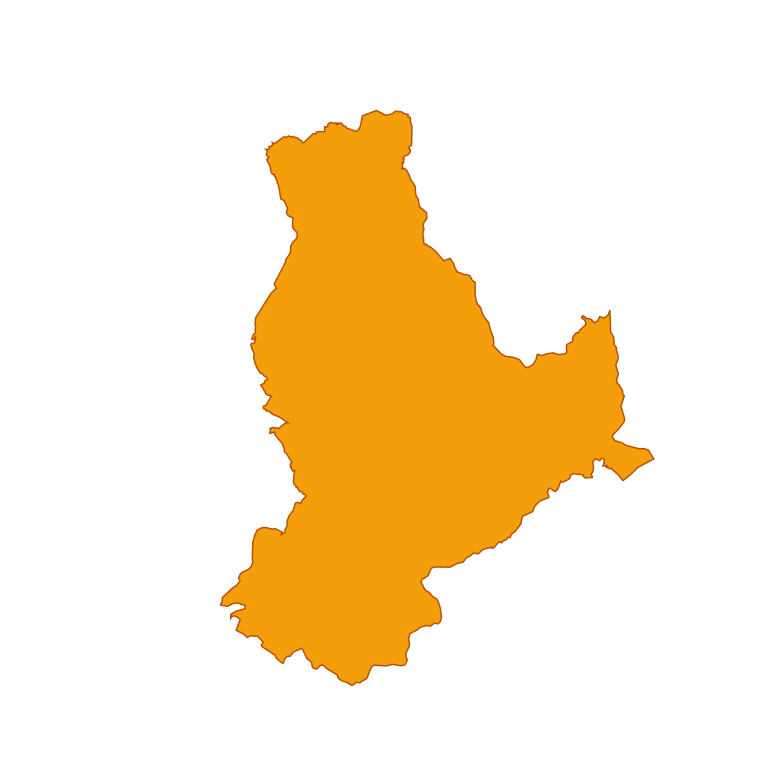 Coroieni, Maramures, Romania (orthographic projection), rotated 337°
{"feature_id": "2599482B87635814237961", "entity_name": "Coroieni", "entity_type": "district", "adm_level": 2, "iso_a3": "ROU", "parent_name": "Romania", "parent_adm1": "Maramures", "projection": "orthographic", "projection_center": [23.777, 47.377], "detail": "fine", "context": "isolated", "style": "filled", "palette": "amber", "viewbox_px": 768, "rotation_deg": 337, "n_neighbors": 0, "source": "geoboundaries", "source_scale": "gbopen_adm2", "svg_char_len": 6171}
<svg xmlns="http://www.w3.org/2000/svg" viewBox="0 0 768 768"><g transform="rotate(337 384 384)"><path d="M603.1,558.4L601.5,547.9L597.9,545.1L592.9,542.9L582.9,535.1L580.1,531.2L574.3,526.2L573.6,522.2L574.9,520.2L583.5,516.6L590.8,512.1L592.0,509.7L593.4,497.1L600.5,488.9L599.9,486.6L601.0,482.9L599.8,476.0L598.7,473.6L599.5,472.6L599.6,471.2L603.6,466.4L604.8,456.9L608.9,453.0L610.6,449.2L611.3,443.3L612.2,441.2L611.3,437.7L613.7,430.7L613.0,424.5L620.8,404.3L617.3,408.0L613.4,409.2L611.9,409.0L608.9,406.3L605.2,409.5L601.4,409.8L601.1,407.9L600.0,407.3L600.4,406.3L598.7,404.2L595.1,402.2L595.3,400.9L593.8,399.0L592.8,399.9L592.4,399.4L592.0,400.9L593.8,403.8L593.4,407.0L592.7,408.3L585.7,410.8L582.7,412.9L581.0,412.0L577.5,413.6L576.0,414.9L574.7,418.1L573.7,418.6L567.9,419.0L566.5,420.9L564.8,425.8L562.7,427.1L555.8,425.0L551.8,421.4L545.7,419.8L540.8,419.7L536.7,416.6L533.3,421.2L528.7,424.2L523.8,425.0L521.3,424.3L520.1,422.5L518.2,414.5L513.0,409.6L506.8,406.2L503.8,402.4L499.5,391.0L500.8,389.8L502.7,384.1L503.3,374.1L504.4,368.6L502.4,361.6L502.1,357.1L502.7,351.4L501.3,346.7L501.5,343.1L502.7,337.6L507.6,325.9L505.7,323.1L505.3,317.6L500.0,314.0L495.3,309.4L494.6,304.2L495.2,300.4L493.9,294.2L487.2,293.9L483.2,281.8L480.4,276.4L478.1,273.6L477.5,271.6L476.2,271.6L475.6,270.0L477.5,264.7L478.2,261.1L481.4,256.8L481.7,253.7L483.4,251.3L488.2,248.3L490.1,242.6L485.9,234.8L487.6,227.2L487.1,223.2L487.6,220.7L490.0,214.1L489.6,213.9L489.5,210.4L488.4,207.2L488.8,201.0L488.2,195.6L486.9,193.4L485.5,193.5L484.6,192.6L485.6,192.1L487.4,187.3L488.3,188.0L488.9,187.6L488.6,187.0L490.3,184.7L489.7,184.1L489.9,183.5L491.9,182.4L495.9,182.3L499.0,180.5L499.5,179.0L498.8,177.4L499.4,177.1L499.9,175.2L502.6,175.1L510.3,158.0L511.2,150.9L512.1,150.3L512.1,148.7L511.1,148.4L510.5,147.1L510.6,146.1L511.6,146.0L511.6,145.4L507.9,142.6L506.7,140.5L501.2,137.4L497.1,138.5L490.7,137.4L484.0,129.3L468.9,128.7L463.0,137.4L460.4,139.6L457.5,140.8L449.8,134.0L449.2,131.7L447.6,130.8L447.0,127.6L445.6,126.7L444.2,127.1L444.2,126.1L443.0,126.2L442.2,125.2L442.2,127.5L441.3,125.4L436.8,122.2L434.0,123.0L432.2,125.2L429.8,124.1L428.1,128.5L422.1,126.0L420.0,125.7L419.5,127.1L418.9,127.2L416.6,125.9L404.4,130.5L403.1,129.7L403.2,127.9L401.9,126.8L401.0,124.3L396.4,120.3L395.1,120.4L393.0,118.4L391.4,119.0L388.3,117.4L377.3,119.9L375.5,118.2L375.6,120.1L372.2,121.2L370.9,120.5L370.8,121.9L369.6,122.9L366.9,121.8L367.7,123.4L365.1,127.5L366.7,129.9L363.6,131.7L364.2,138.5L362.9,145.2L363.3,147.1L364.8,148.2L364.2,149.3L365.1,151.6L364.5,153.2L365.1,154.9L364.3,157.0L364.6,159.3L363.9,163.1L361.3,173.3L363.7,176.2L363.8,183.8L363.3,185.6L361.2,187.8L361.1,189.6L361.7,191.8L365.1,195.6L361.3,203.2L361.3,205.6L363.1,210.7L361.8,214.2L359.9,216.1L355.5,217.8L351.8,220.9L350.4,224.4L348.0,227.5L342.3,231.1L340.1,234.1L322.6,248.5L321.8,249.9L322.6,253.7L315.5,256.3L291.6,273.0L288.6,278.7L288.4,280.7L286.7,283.4L285.8,286.5L283.0,287.4L279.8,291.0L282.0,292.4L284.5,289.3L283.9,291.3L280.5,295.9L277.7,294.9L276.7,296.1L276.2,299.2L276.5,305.4L274.9,307.4L274.2,309.4L273.4,315.2L273.4,319.9L274.5,326.0L275.4,325.9L276.2,327.3L276.6,329.1L278.7,332.3L278.6,334.0L275.4,334.7L273.8,336.6L270.3,336.6L270.0,337.6L270.8,339.4L271.4,346.9L272.7,348.8L275.6,351.1L266.7,357.6L264.3,357.3L263.4,359.2L265.0,361.2L265.1,363.0L266.8,363.1L269.9,368.7L274.8,373.5L280.4,382.3L277.9,381.3L269.5,383.7L267.7,382.2L265.9,381.9L264.7,380.5L261.7,380.4L261.5,382.5L260.1,383.5L259.8,384.9L264.7,385.6L264.0,387.6L264.4,390.2L267.1,399.2L266.9,404.4L266.0,407.0L266.2,408.4L267.0,409.6L268.6,420.2L266.7,420.8L265.9,422.3L266.2,423.6L265.4,424.1L265.9,424.5L265.5,426.4L266.0,426.7L265.9,428.5L267.8,428.5L267.9,429.4L266.6,430.7L262.5,438.4L262.1,441.7L263.0,443.1L262.8,444.6L263.7,445.3L264.3,450.0L266.3,451.2L266.5,453.6L268.0,454.7L268.6,456.8L263.4,458.9L260.7,461.6L258.8,459.4L256.0,458.9L251.3,464.6L245.6,468.0L241.6,471.7L239.1,477.2L236.4,478.9L234.9,481.6L229.6,482.9L232.4,480.6L227.1,474.4L224.6,474.1L219.1,469.9L215.5,468.6L210.1,469.0L206.2,472.5L201.3,478.6L194.4,493.6L193.7,496.5L190.8,499.9L186.9,501.6L180.4,501.8L177.5,502.8L174.6,505.4L174.3,507.2L174.8,508.7L174.1,509.4L169.2,511.9L164.0,512.9L151.8,517.5L150.6,520.1L147.2,523.6L152.9,527.5L159.8,527.1L164.3,528.6L167.2,531.9L169.7,533.0L168.3,536.6L160.0,535.4L153.8,535.9L152.6,536.7L151.4,539.8L153.5,538.4L155.6,539.2L157.7,540.8L159.6,544.5L151.7,553.0L157.0,559.3L159.0,563.9L162.5,563.5L169.2,566.9L171.8,574.2L169.1,576.5L169.1,578.0L177.6,590.9L177.7,594.2L180.7,600.3L182.1,601.8L184.6,598.9L188.0,596.9L191.4,597.9L196.0,595.3L204.7,595.2L205.4,597.1L205.8,606.7L208.5,611.7L207.5,616.4L208.0,618.0L210.8,620.2L214.8,618.3L217.5,618.6L218.6,619.8L219.9,623.3L227.3,633.5L226.9,636.8L228.9,640.4L233.5,644.4L236.3,648.6L238.2,649.0L241.6,647.6L245.0,649.6L253.4,648.1L261.4,639.9L265.0,638.9L275.9,644.4L282.4,645.4L289.5,650.0L293.6,650.6L297.5,647.5L297.9,642.8L299.2,640.2L304.4,635.7L306.1,632.9L307.0,628.2L310.5,623.9L318.7,623.3L322.2,622.0L329.1,623.1L332.1,625.0L336.9,623.9L339.9,625.8L342.5,625.1L345.8,621.2L348.3,612.2L348.8,606.0L348.5,602.4L346.0,599.4L344.2,593.6L341.4,589.7L340.7,581.0L341.4,579.5L342.6,578.9L349.5,577.7L355.8,571.9L359.8,572.5L373.3,578.4L381.2,577.8L387.4,578.9L391.7,576.1L395.9,576.1L400.2,574.6L404.3,577.1L409.7,575.1L415.1,575.4L417.3,576.3L419.2,575.9L419.1,577.1L420.9,577.8L427.5,574.5L429.2,574.7L430.2,576.2L432.5,574.9L435.9,575.1L438.3,573.7L440.4,574.6L440.9,573.4L443.0,572.0L447.1,570.9L455.6,566.1L457.9,562.1L460.2,559.8L470.9,559.6L475.1,555.3L481.8,552.6L491.3,552.8L491.9,551.6L492.0,547.8L495.0,544.5L496.5,545.0L498.5,548.9L499.9,550.0L503.2,548.4L508.8,542.4L509.8,544.3L517.2,543.8L518.7,543.0L520.0,540.6L523.2,540.6L532.0,545.4L531.3,546.6L532.4,549.1L539.4,551.4L539.6,547.9L541.8,546.5L544.5,542.3L545.3,537.8L548.4,535.7L550.5,536.2L552.6,538.9L555.4,537.4L557.4,539.2L555.2,543.2L553.5,545.0L556.8,545.8L557.5,547.0L556.1,547.0L556.5,547.9L558.8,550.3L560.7,550.4L560.8,552.3L563.6,557.7L566.3,566.3L576.5,563.5L585.1,559.9L603.1,558.4Z" fill="#f59e0b" stroke="#b45309" stroke-width="1.5"/></g></svg>